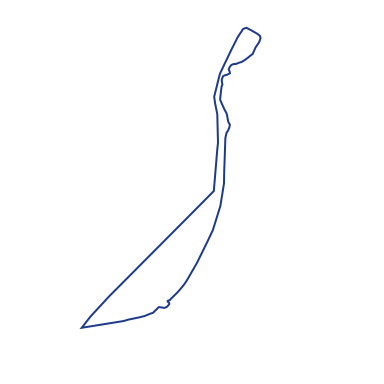 Nukualofa, Tuvalu (Albers equal-area conic projection), rotated 207°
{"feature_id": "33948139B78407922275584", "entity_name": "Nukualofa", "entity_type": "district", "adm_level": 2, "iso_a3": "TUV", "parent_name": "Tuvalu", "parent_adm1": "", "projection": "albers", "projection_center": [179.808, -9.373], "detail": "fine", "context": "isolated", "style": "outline", "palette": "blue", "viewbox_px": 384, "rotation_deg": 207, "n_neighbors": 0, "source": "geoboundaries", "source_scale": "gbopen_adm2", "svg_char_len": 1393}
<svg xmlns="http://www.w3.org/2000/svg" viewBox="0 0 384 384"><g transform="rotate(207 192 192)"><path d="M228.6,21.0L201.6,40.7L194.2,46.1L191.0,49.2L181.8,56.6L177.9,60.0L173.7,64.9L171.9,66.6L171.2,68.9L170.3,71.3L169.9,72.7L169.5,74.1L168.8,74.6L167.1,75.2L165.8,75.6L164.1,76.1L163.2,77.0L162.1,78.5L161.6,80.5L161.4,82.0L162.1,82.9L162.8,83.0L163.5,83.1L164.2,83.7L164.0,84.4L162.8,85.5L162.4,86.3L162.4,87.0L159.5,95.5L158.4,99.7L157.0,106.3L156.5,110.4L155.4,130.5L155.7,153.8L156.1,167.5L160.4,192.5L167.4,214.2L173.3,226.3L176.7,233.7L186.8,255.3L188.1,260.4L187.8,262.6L188.0,266.2L188.8,269.2L190.8,270.4L192.1,271.7L194.1,274.3L196.8,277.7L199.8,279.7L202.1,281.5L205.6,284.3L208.7,286.9L209.7,289.0L210.6,291.4L211.8,294.6L213.4,299.0L213.7,301.6L215.7,304.1L216.6,306.2L216.9,309.2L215.9,310.7L213.9,312.5L212.1,315.0L213.0,316.3L214.8,317.7L215.1,319.0L215.1,320.8L214.8,322.5L214.2,323.6L213.0,324.9L211.1,325.9L208.7,328.6L206.8,330.4L205.1,333.2L203.3,336.7L201.9,340.0L200.6,342.4L201.0,349.7L200.6,352.6L200.2,356.1L200.8,360.3L202.3,361.9L205.3,362.6L210.7,362.9L215.4,363.0L218.0,363.0L219.5,361.6L220.2,360.7L220.7,359.7L220.7,357.9L221.1,355.3L221.6,350.2L221.5,336.9L221.2,324.1L220.8,309.9L215.5,287.0L211.9,281.8L204.8,272.8L191.2,247.7L188.8,241.4L173.0,202.8L184.1,168.1L218.4,61.6L225.9,35.0L228.6,21.0Z" fill="none" stroke="#1e3a8a" stroke-width="2"/></g></svg>